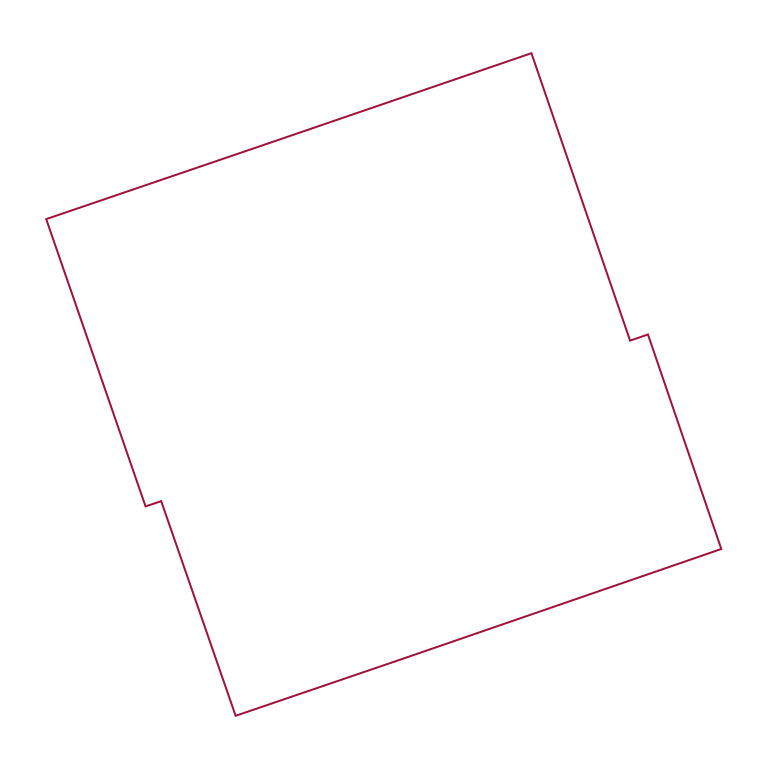 the district of Barnes, North Dakota, United States of America, rotated 161°
{"feature_id": "52423323B70837081191712", "entity_name": "Barnes", "entity_type": "district", "adm_level": 2, "iso_a3": "USA", "parent_name": "United States of America", "parent_adm1": "North Dakota", "projection": "equal_earth", "projection_center": [-98.096, 46.935], "detail": "fine", "context": "isolated", "style": "outline", "palette": "rose", "viewbox_px": 768, "rotation_deg": 161, "n_neighbors": 0, "source": "geoboundaries", "source_scale": "gbopen_adm2", "svg_char_len": 298}
<svg xmlns="http://www.w3.org/2000/svg" viewBox="0 0 768 768"><g transform="rotate(161 384 384)"><path d="M118.8,118.2L118.3,344.9L137.2,344.9L136.9,648.8L411.4,649.2L649.7,649.9L649.3,345.9L632.8,345.8L632.3,118.6L460.2,118.1L118.8,118.2Z" fill="none" stroke="#9f1239" stroke-width="2"/></g></svg>